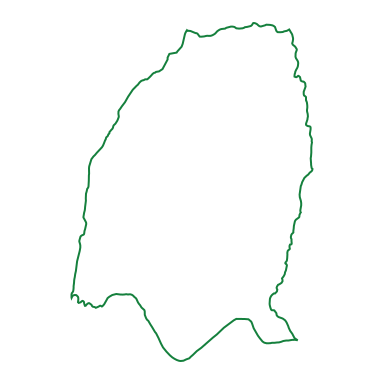 outline of Valle De San Jose, Santander, Colombia
{"feature_id": "7082276B63653740618542", "entity_name": "Valle De San Jose", "entity_type": "district", "adm_level": 2, "iso_a3": "COL", "parent_name": "Colombia", "parent_adm1": "Santander", "projection": "equal_earth", "projection_center": [-73.106, 6.434], "detail": "fine", "context": "isolated", "style": "outline", "palette": "green", "viewbox_px": 384, "rotation_deg": 0, "n_neighbors": 0, "source": "geoboundaries", "source_scale": "gbopen_adm2", "svg_char_len": 5892}
<svg xmlns="http://www.w3.org/2000/svg" viewBox="0 0 384 384"><path d="M289.2,29.5L287.7,30.4L286.6,30.9L284.9,31.2L283.8,31.5L282.8,32.0L280.6,32.2L278.9,32.2L277.5,32.1L276.3,30.8L275.0,27.0L273.9,26.1L272.6,25.4L270.1,24.9L266.3,24.7L265.1,25.3L260.9,26.5L259.4,26.2L258.0,25.1L257.1,24.2L256.0,23.6L255.0,23.2L253.9,23.0L253.2,23.1L251.8,25.2L250.8,26.0L247.2,26.9L244.9,27.2L244.2,27.7L242.6,28.3L239.1,28.6L236.3,28.3L234.5,27.0L233.7,26.8L232.4,26.6L230.9,26.6L226.3,27.8L225.1,28.6L221.6,29.0L220.2,29.4L218.9,30.1L217.3,31.2L215.6,33.1L214.6,34.0L212.5,35.2L210.8,35.8L209.4,35.9L207.3,35.8L206.3,35.9L204.3,36.4L201.4,36.7L199.7,36.6L199.2,36.0L197.5,33.7L196.6,33.2L195.6,33.1L193.6,32.3L190.5,31.0L187.8,30.7L187.3,30.4L187.3,30.9L186.5,30.9L185.4,32.9L184.9,34.3L182.7,43.8L181.6,46.7L177.4,51.4L176.6,52.6L169.4,53.9L167.6,57.6L167.6,59.5L162.5,69.1L159.0,71.4L156.0,71.9L155.2,72.6L154.0,72.9L152.7,73.8L151.4,75.3L150.1,76.7L147.9,78.8L147.2,79.3L145.2,79.3L143.6,80.2L142.8,80.3L141.3,80.9L139.6,82.4L137.8,84.8L136.7,85.7L132.8,89.7L128.1,96.7L125.0,102.2L121.8,106.4L120.2,108.8L119.2,110.0L118.5,111.4L118.4,113.9L118.8,116.2L118.7,117.2L117.7,119.8L117.2,120.9L115.4,123.7L113.8,125.2L113.3,126.1L113.0,127.6L112.4,128.8L111.3,129.9L109.4,132.2L109.4,133.2L109.1,133.7L108.3,134.4L107.9,135.7L107.4,136.4L106.4,137.2L106.0,138.0L105.7,139.4L105.5,139.8L105.2,140.1L103.9,143.5L103.0,145.6L102.0,147.2L96.8,152.8L94.9,155.1L93.5,156.4L91.4,159.2L89.2,166.4L89.0,168.2L89.1,173.8L88.9,175.3L88.8,180.9L88.5,186.3L88.3,187.2L87.8,188.1L87.2,188.9L86.7,191.3L86.0,193.7L85.8,198.3L85.9,200.7L85.1,207.0L85.0,208.5L84.8,210.2L84.1,212.9L83.4,217.2L83.8,218.2L84.5,219.4L85.9,222.1L86.2,223.0L86.2,224.2L86.0,225.1L85.1,229.1L84.5,231.0L84.2,233.4L83.9,234.3L83.5,234.7L82.2,235.2L81.1,235.9L80.5,236.6L80.0,238.3L79.5,240.1L79.3,241.1L79.4,241.8L80.0,243.9L80.3,245.4L80.3,247.6L79.7,251.0L77.1,261.3L75.9,271.0L75.2,274.1L74.8,277.0L74.4,278.9L74.2,280.2L74.0,283.1L73.6,286.2L73.6,287.9L73.4,289.9L73.2,291.1L72.4,292.6L71.8,293.2L71.5,294.6L71.5,297.4L71.6,297.8L72.5,295.9L74.1,295.1L75.2,295.0L76.4,295.2L77.9,296.7L78.3,298.0L78.3,299.6L78.0,302.2L78.7,302.9L80.6,302.3L81.7,301.3L82.4,300.9L83.3,301.2L83.9,301.9L84.3,304.0L84.9,305.8L85.6,305.8L86.4,304.8L87.3,303.9L88.4,303.2L89.3,303.2L91.5,304.8L92.1,306.1L92.8,306.7L94.8,307.1L95.8,307.8L98.4,306.7L100.1,305.7L100.9,305.9L101.9,306.5L102.5,306.1L104.1,304.4L106.6,300.0L107.6,298.1L109.4,296.7L112.3,295.0L116.3,294.0L120.2,294.5L122.6,294.6L124.3,294.5L126.2,294.2L128.1,294.5L129.2,294.3L130.3,294.3L131.9,294.8L133.2,295.7L134.4,297.0L135.7,298.0L136.4,298.9L138.0,302.4L139.0,303.9L140.1,305.2L141.5,307.5L144.3,310.0L144.7,311.2L144.8,314.9L146.1,318.2L147.0,319.7L148.3,320.8L150.3,324.3L152.1,327.1L155.0,332.0L156.1,333.3L158.5,338.0L161.0,343.6L163.0,347.4L166.4,351.6L169.9,355.3L172.2,357.3L174.5,358.8L176.8,360.0L179.1,360.8L180.7,361.0L183.5,360.7L186.2,359.4L189.3,358.3L190.6,356.9L192.8,355.0L196.8,351.1L201.3,347.8L212.8,337.7L216.8,334.5L223.8,327.8L233.8,320.3L236.3,318.9L244.6,319.0L248.5,319.3L251.2,321.6L252.0,323.3L253.7,328.3L257.9,335.6L259.8,338.2L262.5,341.5L264.3,342.7L266.8,343.3L270.2,343.2L272.0,342.8L274.5,342.8L276.9,342.5L279.0,342.4L281.2,341.8L283.3,341.0L286.4,340.5L288.6,340.5L292.0,339.9L295.0,339.8L297.7,340.3L295.2,338.6L294.4,337.9L292.3,333.8L290.2,330.9L288.7,327.7L288.3,326.3L286.6,322.5L285.2,320.4L283.1,318.8L282.1,318.3L278.7,317.1L277.5,316.3L277.0,315.6L276.6,315.0L276.4,313.3L275.9,312.5L274.7,311.0L274.5,310.6L274.1,310.3L271.8,310.2L271.1,309.6L270.4,307.7L269.7,304.9L269.6,303.6L269.9,299.1L270.1,298.2L270.6,297.0L271.3,295.8L272.1,294.9L273.0,294.1L274.0,293.4L274.7,293.4L274.9,293.5L276.4,292.1L277.0,291.2L277.3,289.5L276.9,288.9L276.6,287.8L277.0,286.5L278.1,284.8L279.3,284.3L281.5,282.9L282.5,281.3L282.5,280.3L282.4,279.5L282.0,278.5L282.5,277.7L283.3,276.8L284.1,275.5L284.8,274.0L285.0,272.4L285.9,270.4L286.6,266.9L286.9,265.6L286.7,264.7L286.1,263.9L285.7,263.8L285.3,263.1L285.6,262.3L286.4,261.5L286.9,260.4L287.2,258.1L287.4,254.3L287.3,253.0L287.5,251.8L287.7,251.0L288.2,250.3L289.2,249.6L289.7,249.1L289.8,248.5L289.6,247.9L289.5,246.0L290.0,244.6L291.4,244.3L291.7,243.4L291.5,241.2L291.5,239.1L291.2,238.7L290.9,237.8L290.9,236.6L291.1,235.8L291.3,234.9L291.9,233.9L293.1,232.8L293.4,232.3L293.3,231.3L293.7,228.4L293.9,225.9L294.9,221.3L295.4,220.4L295.9,219.7L298.9,217.5L299.3,216.9L299.5,214.9L300.3,213.1L300.8,212.4L300.5,211.9L300.3,210.8L300.4,209.8L301.2,205.3L301.2,203.0L300.9,201.0L299.8,197.2L299.6,194.5L300.4,188.9L300.8,186.1L301.4,184.8L302.2,182.1L304.4,177.9L306.7,175.7L308.2,174.6L309.8,172.6L310.9,171.8L312.1,170.6L312.5,169.0L312.1,168.7L311.6,167.9L311.1,164.9L311.1,163.8L310.7,158.3L311.0,156.5L311.3,152.7L311.3,147.5L311.5,145.1L312.0,142.3L311.7,141.5L311.8,139.1L311.5,138.1L310.6,136.3L310.0,134.9L309.9,133.6L310.6,129.2L310.6,127.8L310.5,127.1L310.1,126.6L309.4,126.3L307.9,126.1L306.7,125.5L306.1,124.9L306.0,124.2L306.1,123.5L307.4,119.6L307.6,117.9L307.9,116.7L307.8,115.0L307.6,113.5L307.3,112.5L307.0,111.0L307.0,110.0L307.3,107.7L307.3,105.9L307.2,104.7L306.9,102.5L306.4,101.0L306.1,100.7L306.0,99.8L306.0,97.2L305.8,96.8L305.0,96.1L304.1,95.5L303.8,94.7L303.7,93.7L303.7,91.8L305.2,87.7L305.6,86.3L305.4,85.5L305.3,84.3L305.2,83.4L305.0,83.0L303.9,81.8L303.1,81.5L302.4,81.5L301.5,81.1L300.8,80.6L300.0,77.1L298.6,75.9L298.1,75.9L296.6,77.1L295.7,77.1L294.5,76.6L294.5,75.9L294.7,74.0L295.1,73.0L295.3,71.7L296.2,69.7L297.1,68.2L297.5,67.3L297.8,66.4L298.0,65.3L298.2,63.4L298.1,62.1L297.7,61.0L297.0,59.8L296.0,58.3L295.5,56.8L295.6,53.5L295.8,52.6L296.8,49.9L296.7,49.1L295.4,47.0L294.8,46.3L293.5,45.3L292.7,44.6L292.2,43.3L292.7,41.7L292.9,40.5L293.1,39.0L293.0,38.0L292.2,34.6L291.7,33.6L290.8,32.2L289.9,30.6L289.2,29.5Z" fill="none" stroke="#15803d" stroke-width="2"/></svg>